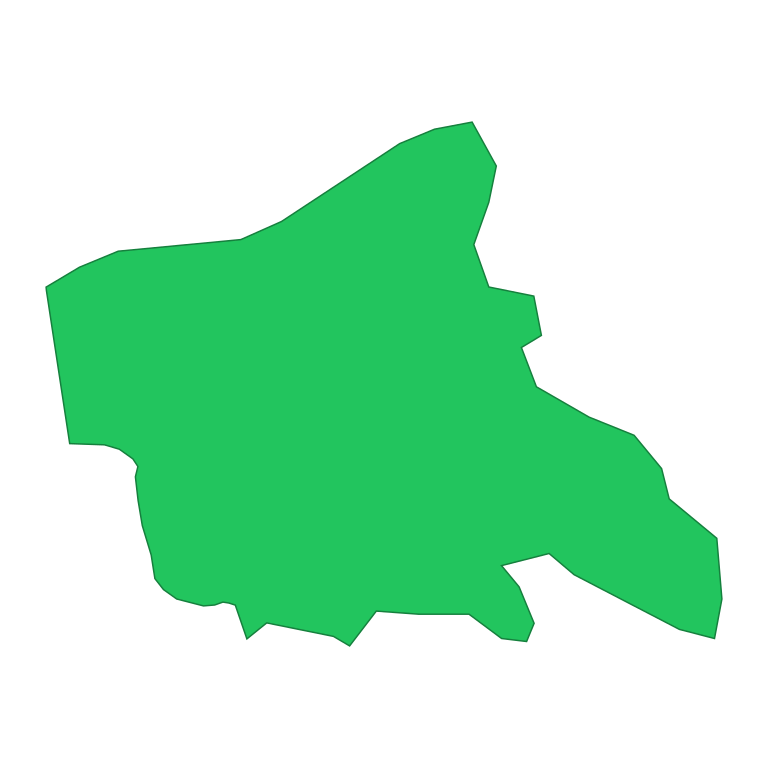 Mazsalacas, Equal Earth projection
{"feature_id": "LVA-5791", "entity_name": "Mazsalacas", "entity_type": "Municipality", "adm_level": 1, "iso_a3": "LVA", "parent_name": "Latvia", "parent_adm1": "", "projection": "equal_earth", "projection_center": [25.028, 57.932], "detail": "fine", "context": "isolated", "style": "filled", "palette": "green", "viewbox_px": 768, "rotation_deg": 0, "n_neighbors": 0, "source": "natural_earth", "source_scale": "10m", "svg_char_len": 824}
<svg xmlns="http://www.w3.org/2000/svg" viewBox="0 0 768 768"><path d="M377.4,158.3L399.7,143.6L434.5,129.2L472.1,122.1L496.3,166.0L488.8,202.3L473.8,244.6L488.8,287.0L533.8,296.1L541.4,335.4L521.4,347.5L536.4,386.8L589.0,417.1L634.1,435.3L661.6,468.6L669.2,498.9L716.8,538.3L721.9,599.0L714.5,638.5L679.4,629.4L574.1,574.7L549.1,553.5L501.5,565.6L519.1,586.9L534.1,623.3L526.6,641.5L501.6,638.5L469.0,614.2L418.9,614.2L376.3,611.1L349.6,645.9L333.5,636.4L266.7,622.9L246.9,638.9L235.3,605.1L228.8,603.0L222.9,602.1L214.7,605.0L203.5,605.9L176.7,599.0L163.5,589.6L154.9,578.6L151.2,555.0L142.3,525.6L138.1,500.5L135.4,476.8L137.9,466.5L132.9,458.9L119.3,449.2L104.4,444.8L69.7,443.6L46.4,290.4L46.1,287.1L79.5,267.2L118.2,251.2L240.8,239.6L281.5,221.5L377.4,158.3Z" fill="#22c55e" stroke="#15803d" stroke-width="1.5"/></svg>